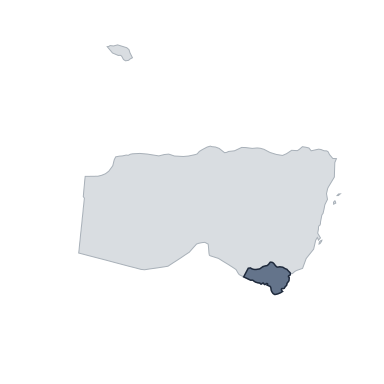 where Sa`dah sits in Yemen, rotated 205°
{"feature_id": "YEM-150", "entity_name": "Sa`dah", "entity_type": "Governorate", "adm_level": 1, "iso_a3": "YEM", "parent_name": "Yemen", "parent_adm1": "", "projection": "equal_earth", "projection_center": [43.78, 17.066], "detail": "fine", "context": "in_parent", "style": "filled", "palette": "slate", "viewbox_px": 384, "rotation_deg": 205, "n_neighbors": 0, "source": "natural_earth", "source_scale": "10m", "svg_char_len": 4242}
<svg xmlns="http://www.w3.org/2000/svg" viewBox="0 0 384 384"><g transform="rotate(205 192 192)"><path d="M295.4,161.0L284.0,166.5L281.0,168.9L278.2,171.9L276.2,175.7L274.9,182.3L276.1,188.4L276.0,191.6L273.0,193.8L270.3,195.3L267.2,197.7L265.3,198.3L263.8,200.2L262.0,201.5L255.6,204.9L248.5,207.5L237.3,210.7L233.0,214.2L229.1,216.5L223.1,217.2L214.9,220.5L210.4,223.1L204.7,227.4L203.4,228.7L202.5,231.9L200.7,234.6L197.3,239.1L194.8,241.3L193.1,241.5L189.7,242.7L185.8,243.0L179.1,241.4L177.4,242.5L176.0,244.2L170.9,247.3L165.8,253.4L162.0,255.0L155.8,257.0L151.5,259.5L148.6,260.5L144.9,261.1L138.0,260.8L131.4,261.7L125.4,263.4L122.5,266.7L119.3,271.9L114.0,274.0L112.8,275.9L111.1,279.7L107.7,280.7L104.6,281.3L101.4,279.7L95.4,284.3L93.1,285.0L89.7,285.2L87.2,286.2L85.5,285.9L83.3,284.1L78.6,281.9L75.2,283.3L75.0,279.0L69.3,265.7L70.5,254.1L70.5,252.4L69.4,247.3L66.1,242.6L66.2,236.6L65.1,232.3L64.2,227.9L64.5,226.7L64.5,225.7L62.8,218.9L62.2,217.6L62.0,216.1L62.6,215.1L62.6,213.8L61.7,211.7L60.7,207.8L56.2,204.7L57.1,201.8L58.0,202.8L59.2,203.7L59.4,201.8L59.5,200.4L57.6,191.6L60.4,180.0L59.5,169.5L63.8,165.3L64.9,164.0L65.5,162.9L66.5,160.5L67.9,159.7L68.4,157.2L68.4,155.9L67.5,154.8L66.8,151.9L67.0,148.2L67.3,146.6L67.7,143.8L69.2,142.8L69.6,141.9L68.4,140.1L68.5,139.1L71.1,136.1L72.1,135.2L73.7,134.2L75.0,134.2L76.5,134.8L77.8,135.6L79.1,137.1L80.5,138.9L82.6,139.5L84.0,139.4L85.1,140.1L86.1,139.7L87.2,138.8L89.0,138.9L90.6,137.9L95.2,137.4L99.6,137.7L104.1,136.8L108.7,136.9L113.3,137.0L114.3,137.1L115.4,137.6L119.3,140.3L122.2,140.8L128.1,141.6L134.5,142.3L140.0,143.0L144.6,142.4L148.5,141.9L149.5,142.0L150.7,143.6L153.0,147.7L155.3,151.6L159.1,151.8L161.6,150.3L164.3,148.3L165.9,146.7L167.8,140.4L169.0,136.3L171.8,131.8L174.1,127.9L177.2,122.9L179.0,120.1L182.4,114.6L185.6,112.4L191.9,108.2L198.1,104.2L202.1,101.5L205.5,100.3L211.3,99.3L218.0,98.0L224.8,96.8L232.0,95.5L240.0,94.1L245.5,93.1L252.5,91.8L258.4,90.7L263.5,89.8L268.9,88.8L269.9,91.9L271.0,94.9L272.1,98.0L273.1,101.1L274.2,104.1L275.3,107.2L276.3,110.3L277.4,113.3L278.4,116.4L279.5,119.5L280.6,122.5L281.6,125.6L282.7,128.7L283.8,131.7L284.8,134.8L285.9,137.9L286.9,140.9L288.6,141.9L289.6,144.7L291.1,148.8L292.5,152.8L294.0,156.9L295.4,161.0ZM313.0,285.3L314.4,285.7L316.6,284.6L322.8,284.4L330.3,287.9L328.9,288.8L328.1,290.1L324.8,291.2L321.6,293.9L312.1,295.2L309.3,294.4L307.0,291.9L302.7,288.5L304.3,286.4L304.7,285.4L305.3,284.4L307.7,282.8L310.1,283.1L313.0,285.3ZM59.1,243.8L58.8,244.4L58.4,244.3L57.0,242.7L58.5,240.8L59.4,242.5L59.1,243.8ZM54.6,202.5L53.9,203.2L53.7,202.0L54.2,199.3L54.9,198.5L55.4,200.5L55.1,201.6L54.6,202.5ZM58.4,252.1L56.8,253.0L57.9,250.6L59.0,250.1L58.4,252.1Z" fill="#d9dde1" stroke="#a8b0b8" stroke-width="1"/><path d="M74.1,134.0L74.5,134.2L75.3,134.2L75.7,134.3L77.4,135.3L78.3,136.0L78.8,136.6L79.9,138.3L80.9,139.3L81.3,139.5L81.8,139.5L82.6,139.4L83.5,139.5L83.9,139.4L84.5,139.2L84.6,139.3L84.6,139.7L84.5,140.3L84.6,140.5L84.8,140.8L85.1,140.8L85.6,140.7L86.0,140.3L86.3,139.7L86.6,139.1L87.1,138.8L87.5,138.9L88.4,139.4L89.0,139.6L89.4,139.3L89.8,138.7L90.1,138.0L90.5,137.7L90.9,137.7L91.9,138.1L92.3,138.1L94.1,137.5L96.3,137.2L97.7,137.3L99.3,137.7L99.9,137.7L101.3,137.0L101.8,136.8L106.5,136.9L109.3,136.9L108.8,146.7L106.9,147.9L105.6,147.7L104.1,147.8L102.6,148.2L101.3,148.8L98.3,150.8L97.9,151.3L97.0,153.0L96.7,153.4L96.3,154.3L96.0,154.6L95.7,154.6L95.3,155.2L94.3,156.0L94.0,156.2L93.8,156.4L93.6,156.5L93.3,156.7L92.7,157.2L92.5,157.7L92.0,158.9L91.7,160.4L91.4,161.5L89.8,162.1L88.8,162.1L87.7,161.8L85.4,160.6L83.8,160.0L82.9,160.0L82.3,160.3L81.9,160.6L81.3,161.0L80.9,161.3L77.9,162.2L75.3,161.9L73.6,162.0L73.1,162.0L72.7,161.7L68.8,160.2L68.4,159.8L68.2,159.1L68.0,158.6L68.0,158.2L68.3,157.6L68.5,157.4L68.9,157.1L69.0,156.8L69.0,156.4L68.8,156.1L68.6,155.8L67.7,155.5L67.5,155.2L67.2,154.1L66.7,152.9L66.6,152.4L66.8,151.6L67.1,150.4L67.2,149.8L67.3,149.2L67.1,148.5L66.9,148.0L66.8,147.5L67.0,146.8L67.5,145.6L67.6,145.0L67.6,144.3L67.7,143.7L68.2,143.2L68.8,142.9L69.3,142.7L69.8,142.4L69.9,141.8L69.7,141.1L69.2,140.7L67.9,140.1L68.0,140.0L69.1,138.2L71.1,136.0L72.0,135.3L73.1,134.4L73.6,134.1L74.1,134.0Z" fill="#64748b" stroke="#1e293b" stroke-width="1.5"/></g></svg>